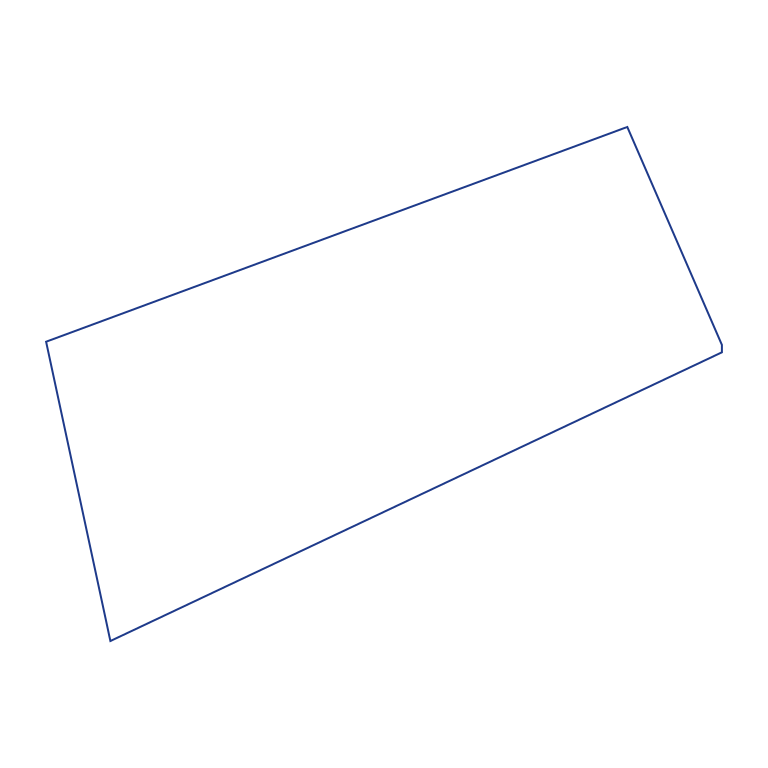 outline of 50, Al Wakrah, Qatar
{"feature_id": "91078587B62879560621739", "entity_name": "50", "entity_type": "district", "adm_level": 2, "iso_a3": "QAT", "parent_name": "Qatar", "parent_adm1": "Al Wakrah", "projection": "natural_earth1", "projection_center": [51.562, 25.219], "detail": "fine", "context": "isolated", "style": "outline", "palette": "blue", "viewbox_px": 768, "rotation_deg": 0, "n_neighbors": 0, "source": "geoboundaries", "source_scale": "gbopen_adm2", "svg_char_len": 246}
<svg xmlns="http://www.w3.org/2000/svg" viewBox="0 0 768 768"><path d="M721.9,352.3L721.9,344.9L627.3,127.0L624.2,128.1L346.6,230.6L46.1,341.7L106.3,621.9L109.4,636.5L110.4,641.0L721.9,352.3Z" fill="none" stroke="#1e3a8a" stroke-width="2"/></svg>